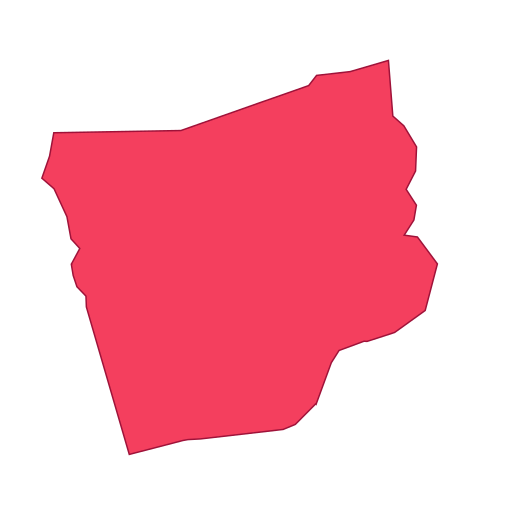 outline of Duplin, North Carolina, United States of America, rotated 74°
{"feature_id": "52423323B66062574427882", "entity_name": "Duplin", "entity_type": "district", "adm_level": 2, "iso_a3": "USA", "parent_name": "United States of America", "parent_adm1": "North Carolina", "projection": "robinson", "projection_center": [-77.918, 34.952], "detail": "fine", "context": "isolated", "style": "filled", "palette": "rose", "viewbox_px": 512, "rotation_deg": 74, "n_neighbors": 0, "source": "geoboundaries", "source_scale": "gbopen_adm2", "svg_char_len": 829}
<svg xmlns="http://www.w3.org/2000/svg" viewBox="0 0 512 512"><g transform="rotate(74 256 256)"><path d="M379.3,213.0L369.7,202.2L367.8,177.0L367.7,175.6L368.7,172.8L367.8,146.3L367.7,143.8L355.0,108.4L313.6,83.8L282.2,95.6L276.8,107.8L264.9,94.3L251.4,87.8L233.3,93.3L218.3,79.2L195.4,71.6L171.6,78.0L168.5,80.0L159.2,85.9L104.5,74.8L104.7,114.7L99.1,148.0L106.7,158.4L109.4,204.5L109.6,208.4L114.7,293.6L81.8,416.4L103.1,426.9L122.2,440.4L135.7,431.6L166.1,426.9L188.5,429.1L200.2,423.3L212.3,435.1L212.5,435.3L212.7,435.5L212.9,435.5L213.1,435.5L213.1,435.8L224.3,437.1L236.2,436.6L247.7,430.5L258.2,433.1L409.9,432.5L411.5,432.5L411.8,432.5L411.9,428.4L413.2,377.1L413.7,372.1L416.5,359.9L430.2,277.7L428.7,264.6L414.6,239.4L415.1,239.1L414.1,238.4L379.3,213.0Z" fill="#f43f5e" stroke="#9f1239" stroke-width="1.5"/></g></svg>